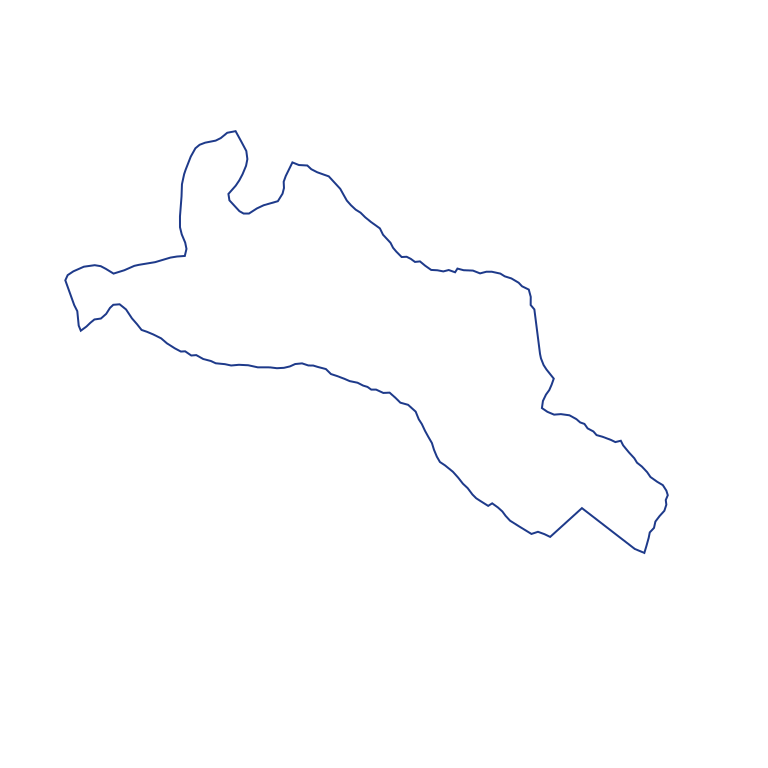 outline of Ivaté, Paraná, Brazil, rotated 313°
{"feature_id": "56859067B17675681137034", "entity_name": "Ivaté", "entity_type": "district", "adm_level": 2, "iso_a3": "BRA", "parent_name": "Brazil", "parent_adm1": "Paraná", "projection": "orthographic", "projection_center": [-53.427, -23.376], "detail": "fine", "context": "isolated", "style": "outline", "palette": "blue", "viewbox_px": 768, "rotation_deg": 313, "n_neighbors": 0, "source": "geoboundaries", "source_scale": "gbopen_adm2", "svg_char_len": 2923}
<svg xmlns="http://www.w3.org/2000/svg" viewBox="0 0 768 768"><g transform="rotate(313 384 384)"><path d="M483.6,165.9L469.1,170.3L463.5,172.7L459.1,177.2L454.0,180.0L445.3,181.7L432.7,174.1L425.7,171.3L416.6,169.0L412.9,165.0L411.8,160.4L412.9,145.7L416.9,140.6L427.9,140.3L434.2,139.3L440.9,137.5L449.5,134.3L455.3,130.7L460.5,124.4L464.0,114.2L467.7,103.0L460.8,98.0L452.5,96.9L447.2,94.9L438.5,88.6L433.2,86.0L427.8,85.3L418.5,87.6L405.4,92.8L401.2,94.7L392.3,100.0L383.1,108.0L367.4,120.5L359.5,127.9L355.5,134.0L351.8,142.2L348.1,147.4L341.8,151.0L336.1,145.7L330.8,141.6L317.0,133.5L303.9,123.4L300.1,120.8L290.1,116.5L280.3,110.9L278.5,102.0L277.0,96.5L273.6,91.4L265.1,84.5L254.6,80.0L247.9,78.4L242.5,80.2L230.4,103.7L228.1,110.0L218.5,120.9L216.2,125.9L223.1,127.2L228.6,127.5L233.7,128.2L238.8,132.3L245.8,133.0L252.8,131.7L257.3,132.0L262.0,136.3L262.6,144.5L260.1,154.9L259.3,162.7L258.2,169.8L260.5,175.0L262.9,181.5L265.4,189.9L265.7,197.5L267.4,206.6L269.2,213.3L272.3,216.3L273.4,223.6L277.1,227.0L279.0,234.8L282.7,241.6L284.4,246.8L290.0,254.1L293.3,259.6L299.1,264.8L305.1,271.9L310.1,280.3L314.7,285.2L318.5,289.4L322.5,294.9L327.6,299.8L332.7,303.2L338.0,305.4L343.2,310.0L346.0,316.1L349.2,319.6L351.3,323.9L355.3,331.3L355.1,338.4L357.8,344.2L360.9,351.8L362.7,356.9L366.9,363.8L368.6,369.8L370.6,373.9L371.2,378.5L374.5,382.0L377.0,389.6L381.5,394.0L381.7,401.9L381.5,408.7L385.2,415.8L385.4,426.0L381.9,433.5L380.5,439.0L377.7,446.0L375.6,452.4L373.5,459.3L370.0,465.4L366.9,472.2L365.1,478.1L366.1,484.1L366.8,494.3L366.1,502.1L364.9,509.7L364.9,516.2L363.5,524.0L363.3,529.3L364.2,534.4L365.9,543.3L370.5,544.5L371.4,551.5L371.5,557.5L370.5,562.8L370.0,569.4L371.9,579.4L374.9,594.1L380.9,597.4L383.6,603.7L385.5,609.8L428.2,613.4L434.4,679.9L438.0,689.6L444.3,686.5L452.0,682.5L456.7,679.6L462.9,679.6L468.5,676.3L475.4,675.6L482.5,675.5L488.3,672.8L491.3,669.2L496.2,667.4L498.6,663.2L500.2,656.9L498.8,650.5L497.7,642.3L499.0,636.5L499.5,628.9L499.0,622.7L500.4,617.7L501.0,609.9L502.2,600.8L504.0,595.9L499.3,592.8L497.9,588.2L494.4,579.7L491.6,574.3L492.1,569.5L490.4,563.2L491.5,557.8L489.7,553.7L489.5,548.6L487.6,541.0L482.6,533.9L477.6,529.3L475.1,522.5L474.1,515.9L480.0,511.8L486.7,509.7L492.3,509.0L497.7,507.1L503.7,504.5L505.4,493.0L506.7,487.8L509.8,481.3L512.4,477.6L541.1,443.1L541.8,437.4L547.8,431.9L551.8,425.5L549.6,418.3L549.9,413.4L548.1,405.2L545.1,398.9L544.1,393.8L539.7,386.4L535.9,382.3L530.4,378.8L527.6,371.7L521.5,364.6L518.5,359.0L514.2,359.8L511.5,353.6L506.8,350.6L503.6,345.5L499.6,340.7L498.6,333.5L498.2,326.7L494.4,323.4L493.8,318.3L492.5,313.8L488.9,310.3L489.2,302.7L489.8,297.7L491.7,292.5L492.5,281.5L495.0,274.9L493.6,264.0L493.1,256.5L493.3,250.0L492.2,244.4L492.2,237.9L492.8,231.7L494.8,225.4L496.9,218.9L498.2,202.0L496.0,197.0L493.3,190.7L491.5,184.3L491.5,178.9L486.1,172.4L483.6,165.9Z" fill="none" stroke="#1e3a8a" stroke-width="2"/></g></svg>